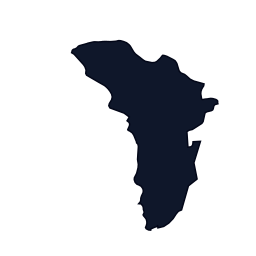 the Autonomous Community of Alicante, rotated 117°
{"feature_id": "ESP-5803", "entity_name": "Alicante", "entity_type": "Autonomous Community", "adm_level": 1, "iso_a3": "ESP", "parent_name": "Spain", "parent_adm1": "", "projection": "equal_earth", "projection_center": [-0.576, 38.363], "detail": "fine", "context": "isolated", "style": "filled", "palette": "ink", "viewbox_px": 256, "rotation_deg": 117, "n_neighbors": 0, "source": "natural_earth", "source_scale": "10m", "svg_char_len": 2147}
<svg xmlns="http://www.w3.org/2000/svg" viewBox="0 0 256 256"><g transform="rotate(117 128 128)"><path d="M176.7,43.1L179.3,45.3L182.7,46.1L188.3,46.7L194.2,48.5L199.5,51.5L203.4,56.0L202.9,56.3L201.7,57.2L203.1,57.9L204.1,59.0L207.5,61.8L208.7,61.4L209.5,63.4L209.5,66.0L208.7,67.2L206.4,67.4L204.3,67.9L202.4,69.0L200.7,70.7L199.2,74.1L199.0,74.5L198.5,75.1L196.1,75.2L195.2,75.7L193.6,77.3L192.2,78.1L190.9,79.2L189.7,81.8L190.6,84.1L188.1,83.5L186.4,83.9L184.7,84.7L182.5,85.1L178.8,85.2L177.1,85.8L175.3,87.2L173.9,89.9L173.8,92.3L174.0,94.5L173.2,96.9L171.3,98.9L169.5,99.7L164.4,99.7L158.8,101.0L155.7,102.3L151.7,105.2L139.9,110.3L138.0,111.7L137.3,113.6L136.3,114.3L131.8,119.5L130.4,121.9L129.9,125.1L130.0,126.8L129.5,127.5L125.5,127.7L123.7,128.3L122.5,129.6L122.0,132.1L117.6,131.8L116.5,138.3L118.3,153.2L116.9,155.2L114.7,155.7L110.3,155.4L107.5,156.1L105.2,158.0L103.5,160.6L102.2,163.3L101.4,165.6L100.8,168.2L100.5,175.1L99.9,185.9L99.7,188.9L98.6,190.4L95.3,191.7L92.9,194.3L91.7,196.5L86.7,209.5L86.5,212.2L86.5,212.4L86.4,212.4L84.1,212.9L83.2,212.6L82.6,212.3L82.0,211.5L81.0,210.7L80.0,210.0L77.8,209.4L76.8,208.8L71.5,203.0L70.6,202.2L67.1,198.0L66.3,196.7L64.9,193.6L63.2,190.8L62.4,189.7L61.0,187.1L59.0,182.8L56.4,178.5L55.9,177.8L55.2,177.0L54.3,175.9L53.6,174.2L53.0,171.3L52.7,168.0L53.3,165.0L54.0,163.2L57.6,157.5L58.6,155.2L58.9,153.9L59.8,148.8L60.1,147.6L60.6,144.8L60.7,142.8L58.9,136.3L57.5,134.0L56.9,133.4L55.4,132.4L50.9,130.8L48.4,130.4L47.4,130.0L46.9,128.4L46.5,125.9L46.5,119.2L46.7,116.7L47.6,114.9L48.4,113.7L53.1,109.2L54.0,108.2L54.5,107.0L54.9,105.7L54.6,101.9L55.1,99.4L56.3,94.9L56.3,90.7L54.2,80.3L56.2,79.7L56.8,79.8L59.8,80.0L62.3,79.6L64.5,78.7L68.3,75.9L68.9,75.3L68.9,74.7L68.1,73.5L67.3,72.5L66.0,70.4L65.3,69.5L64.1,67.8L63.3,65.8L62.7,62.7L62.8,61.4L63.3,60.3L64.5,59.8L65.6,58.9L67.4,60.9L68.3,61.4L69.6,61.5L72.2,60.8L73.5,60.8L74.7,61.6L77.9,65.3L79.7,66.2L88.2,64.0L90.4,64.3L100.1,70.0L102.2,72.5L104.5,73.9L117.9,65.9L116.3,63.5L114.7,62.7L113.0,62.9L110.7,63.8L107.0,57.4L129.1,53.5L142.1,43.3L152.1,47.9L176.7,43.1Z" fill="#0f172a" stroke="#020617" stroke-width="1.5"/></g></svg>